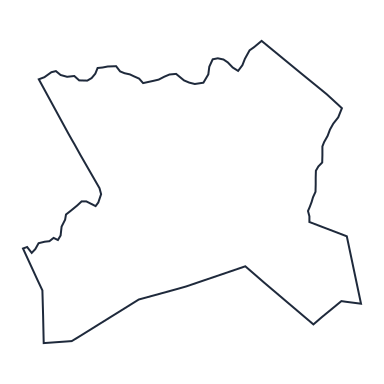 outline of Passira, Pernambuco, Brazil
{"feature_id": "56859067B94485167726813", "entity_name": "Passira", "entity_type": "district", "adm_level": 2, "iso_a3": "BRA", "parent_name": "Brazil", "parent_adm1": "Pernambuco", "projection": "robinson", "projection_center": [-35.56, -8.013], "detail": "fine", "context": "isolated", "style": "outline", "palette": "slate", "viewbox_px": 384, "rotation_deg": 0, "n_neighbors": 0, "source": "geoboundaries", "source_scale": "gbopen_adm2", "svg_char_len": 1335}
<svg xmlns="http://www.w3.org/2000/svg" viewBox="0 0 384 384"><path d="M71.7,341.1L78.5,337.0L138.8,299.5L176.8,289.1L186.0,286.5L245.3,266.3L264.0,282.5L313.4,324.4L322.0,317.0L341.4,301.1L346.1,301.8L361.0,303.7L346.8,236.3L309.4,222.0L309.4,216.3L308.0,211.0L309.8,206.8L311.6,202.0L313.0,197.3L315.5,191.8L315.7,184.4L315.7,177.6L315.9,170.7L318.4,166.4L322.2,162.5L322.4,155.4L322.4,146.4L324.1,142.1L327.6,135.9L330.0,129.5L333.3,123.6L338.2,117.4L341.9,108.2L326.8,94.3L300.3,72.7L261.6,40.9L254.0,47.2L249.6,50.3L244.9,58.8L242.4,65.2L238.1,70.9L232.7,67.5L227.8,62.4L223.5,59.5L217.8,58.3L212.7,59.3L209.3,66.7L208.3,74.4L203.4,82.7L194.8,84.0L189.2,82.6L184.0,80.4L176.1,73.9L169.5,74.5L164.3,76.7L158.7,79.6L153.6,80.8L143.1,83.1L139.1,78.6L133.9,76.3L129.9,74.4L124.5,73.2L120.1,71.4L116.1,66.2L107.7,66.5L102.6,67.5L97.6,68.0L95.3,73.7L91.6,78.1L87.3,80.6L79.2,80.4L74.3,76.0L67.1,76.8L60.6,75.0L55.9,71.1L51.4,72.2L44.4,77.2L38.8,79.3L68.1,133.1L71.7,139.5L74.6,144.5L80.3,154.8L99.5,188.2L101.1,194.2L98.3,202.5L95.6,206.1L86.3,201.4L81.6,201.4L77.2,205.5L70.6,210.9L66.0,214.5L65.1,219.7L61.6,226.6L60.6,235.5L57.9,240.0L53.6,237.9L49.4,241.2L44.8,241.7L38.6,243.2L35.3,249.1L31.7,252.9L27.1,247.0L23.0,248.5L37.4,279.8L42.4,290.4L43.1,315.5L43.7,343.1L71.7,341.1Z" fill="none" stroke="#1e293b" stroke-width="2"/></svg>